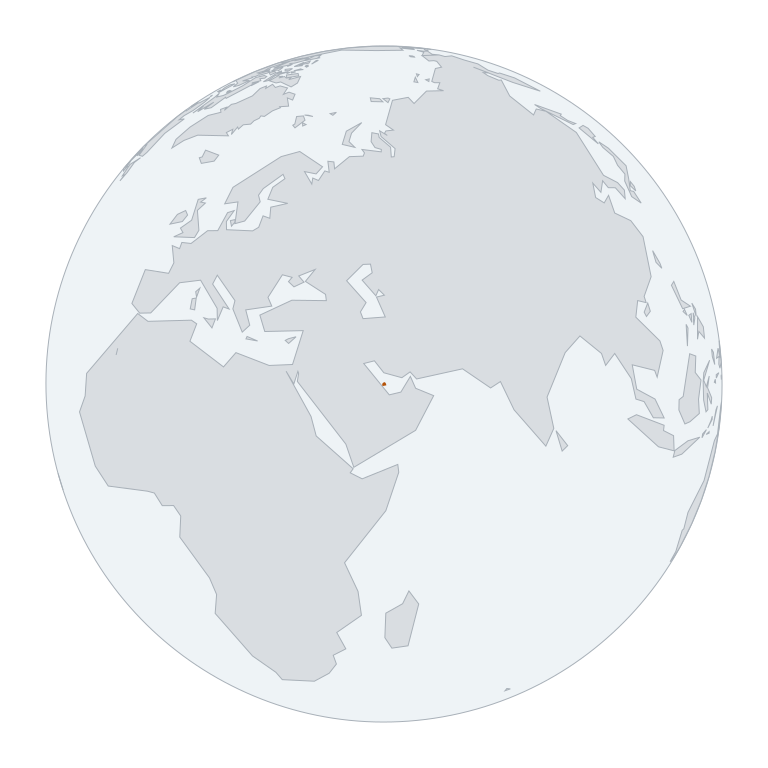 Madinat ach Shamal on an orthographic globe, rotated 350°
{"feature_id": "QAT-1106", "entity_name": "Madinat ach Shamal", "entity_type": "Municipality", "adm_level": 1, "iso_a3": "QAT", "parent_name": "Qatar", "parent_adm1": "", "projection": "orthographic", "projection_center": [51.179, 25.992], "detail": "fine", "context": "on_globe", "style": "filled", "palette": "amber", "viewbox_px": 768, "rotation_deg": 350, "n_neighbors": 0, "source": "natural_earth", "source_scale": "10m", "svg_char_len": 10883}
<svg xmlns="http://www.w3.org/2000/svg" viewBox="0 0 768 768"><g transform="rotate(350 384 384)"><circle cx="384" cy="384" r="338" fill="#eef3f6" stroke="#a8b0b8"/><path d="M478.3,59.5L477.8,59.4L483.0,61.0L479.0,60.2L463.0,56.0L460.2,55.7L470.0,58.4L472.2,60.0L458.2,55.9L460.6,58.6L434.3,54.3L400.3,47.8L382.7,48.2L339.7,50.1L340.6,50.7L324.9,53.1L320.2,55.0L313.5,55.7L315.5,56.7L322.4,55.8L325.6,56.2L323.4,57.5L314.6,58.3L314.4,57.8L310.7,58.8L307.2,58.8L307.7,59.5L297.3,61.0L304.3,61.7L293.2,64.7L287.2,65.2L292.2,62.3L290.7,59.3L287.4,60.2L310.8,54.1L334.6,49.7L358.6,47.0L382.8,46.1L407.0,46.9L431.1,49.4L454.9,53.6L478.3,59.5ZM250.1,73.8L243.8,76.5L242.0,77.4L250.1,73.8ZM227.1,84.7L236.5,80.0L236.6,80.7L249.3,75.2L251.2,75.0L262.5,71.5L256.0,75.4L243.5,81.5L233.8,85.0L228.1,88.2L233.4,88.2L211.6,99.1L190.7,114.8L185.6,117.8L182.5,116.2L192.4,106.7L188.9,108.1L227.1,84.7ZM188.2,108.6L186.1,111.2L173.3,120.3L169.1,123.9L167.0,126.2L169.9,124.5L164.5,128.9L164.9,126.8L169.8,122.7L169.6,123.1L174.2,119.2L188.2,108.6ZM47.5,415.4L48.3,422.1L49.6,432.6L47.5,415.4ZM484.4,61.5L487.3,62.3L488.8,62.9L484.4,61.5ZM265.3,69.7L263.9,70.6L262.5,70.7L265.3,69.7ZM271.5,67.5L271.0,67.2L273.8,66.1L274.1,66.4L271.5,67.5ZM484.1,62.4L485.6,63.6L481.3,61.6L484.1,62.4ZM271.6,68.4L279.0,64.4L284.0,62.7L289.4,62.5L271.6,68.4ZM484.7,63.8L488.6,67.6L495.4,69.5L478.5,67.2L480.8,64.2L474.4,61.1L481.1,63.2L484.7,63.8ZM325.6,55.0L318.1,56.0L326.3,54.1L325.6,55.0ZM330.1,53.8L350.9,49.1L361.0,48.9L351.9,50.2L366.5,49.6L361.1,51.7L351.9,52.5L346.5,52.1L348.6,53.4L330.1,53.8ZM468.6,65.8L467.1,66.4L465.6,65.0L468.6,65.8ZM327.5,56.2L330.8,55.0L339.7,54.6L334.7,57.0L333.4,56.3L327.5,56.2ZM373.0,48.8L378.7,49.3L375.9,51.0L377.8,51.6L361.9,51.8L373.0,48.8ZM330.3,57.1L331.9,58.4L325.8,59.9L324.9,57.4L330.3,57.1ZM344.2,53.6L348.1,53.7L344.3,54.4L344.2,53.6ZM304.8,67.2L308.5,65.1L313.5,64.6L304.8,67.2ZM332.9,58.8L335.1,58.3L337.4,58.0L337.2,59.3L332.9,58.8ZM361.0,53.3L358.7,54.1L367.4,53.2L365.7,55.0L355.4,55.0L359.1,55.8L358.6,56.3L350.7,55.8L361.0,53.3ZM344.1,60.0L330.4,61.4L322.3,65.1L317.7,65.4L331.6,59.7L344.1,60.0ZM348.7,57.5L344.8,59.0L341.0,58.4L341.3,57.0L348.7,57.5ZM368.2,56.4L373.5,53.6L375.6,53.8L368.2,56.4ZM342.5,61.0L345.9,60.7L342.4,61.4L342.5,61.0ZM361.2,57.8L362.7,56.7L365.1,56.8L361.2,57.8ZM351.2,61.3L346.8,61.6L346.8,60.5L351.2,61.3ZM356.4,59.7L359.2,60.3L349.5,59.9L356.7,59.2L356.4,59.7ZM363.1,58.1L365.0,57.9L362.1,58.6L363.1,58.1ZM353.5,65.7L341.4,65.5L341.5,62.8L353.3,63.3L353.5,65.7ZM85.4,414.7L79.3,358.6L87.6,343.9L93.0,321.9L153.7,271.8L162.4,281.3L205.4,287.7L210.0,292.2L200.3,308.2L228.9,339.3L243.6,327.4L274.1,345.8L297.3,348.9L313.7,317.4L275.7,311.6L273.7,294.6L307.8,285.5L341.7,291.9L342.0,285.6L324.4,269.3L336.1,259.2L318.8,262.8L322.9,269.8L312.2,272.7L307.7,266.6L312.0,263.0L302.9,258.8L284.8,278.5L287.0,287.8L260.7,287.0L262.0,302.8L253.4,308.3L248.2,283.8L251.7,276.0L238.7,247.9L232.6,255.8L244.5,283.3L239.0,280.1L230.9,292.6L232.8,280.5L221.4,249.9L200.3,248.8L166.6,273.5L155.7,271.8L149.7,260.9L168.8,229.9L191.1,237.6L198.1,228.2L199.5,210.9L206.2,215.2L209.5,209.5L218.4,212.1L236.9,202.4L246.9,204.1L259.7,188.1L266.6,187.2L257.0,196.6L255.7,204.7L281.2,210.4L287.8,207.9L294.1,197.4L300.3,201.0L303.2,190.2L320.6,189.4L301.7,181.9L308.6,171.0L322.1,164.6L321.0,160.0L299.0,170.6L293.2,176.3L293.7,183.1L275.1,199.3L265.1,200.2L271.8,179.3L258.4,178.9L269.4,164.1L322.2,142.2L341.4,140.4L361.2,159.4L353.6,165.3L342.6,161.0L347.6,174.6L349.6,168.8L354.8,172.2L362.7,163.9L366.8,166.0L367.4,154.9L373.2,156.6L372.7,163.5L389.4,154.1L403.1,156.0L404.9,153.0L403.0,149.2L421.6,154.9L422.1,152.5L416.2,149.6L413.4,143.1L415.7,134.4L422.0,136.8L422.0,140.3L431.6,151.9L430.6,161.7L433.5,161.9L435.8,154.1L424.1,139.8L423.7,133.9L430.4,139.8L428.0,137.2L429.8,135.1L437.4,135.6L430.6,128.9L441.6,106.1L457.6,105.9L462.3,113.0L476.7,102.9L493.6,105.5L488.1,102.6L491.3,97.0L486.0,96.0L483.6,94.3L489.4,82.2L495.7,82.0L492.0,75.4L489.2,74.2L484.3,73.7L478.5,67.2L495.4,69.5L500.9,72.1L507.7,72.6L519.3,78.9L532.1,85.1L540.9,93.0L550.2,98.0L551.8,97.8L565.7,105.2L588.8,122.8L563.1,109.3L527.1,87.5L541.2,95.9L535.9,94.6L539.7,98.3L549.8,104.8L552.3,105.0L557.8,122.2L578.0,145.0L581.7,139.6L590.9,143.6L617.1,169.7L636.4,216.6L649.0,226.2L654.4,234.8L653.7,243.4L645.9,230.9L639.0,229.6L634.6,221.8L630.9,232.9L624.5,222.4L624.8,237.1L632.3,243.9L637.9,237.2L640.9,255.7L655.4,266.0L664.7,283.9L665.7,324.7L655.4,342.9L656.3,349.4L648.3,345.9L643.6,361.9L663.2,389.5L664.7,399.4L654.2,424.7L652.9,417.6L631.8,408.2L632.0,433.0L648.3,445.9L654.0,466.1L643.4,464.0L637.1,446.5L629.5,442.6L628.5,421.7L616.5,394.0L605.5,404.2L603.5,391.7L585.3,370.7L567.9,384.5L542.3,425.2L543.5,457.2L532.6,473.3L507.6,432.0L499.1,401.8L488.3,406.4L464.0,382.7L417.0,384.7L411.8,376.6L402.7,380.9L385.8,372.9L378.6,359.5L367.6,360.3L387.3,395.6L399.2,394.9L411.3,381.1L414.4,393.7L430.9,404.1L407.1,435.1L339.8,460.8L336.0,436.6L299.1,366.4L301.7,359.0L301.7,358.2L301.4,356.6L295.2,368.3L289.8,354.4L306.5,403.3L308.2,423.4L338.9,462.1L335.3,465.6L346.0,473.6L383.6,465.6L383.2,473.5L363.8,509.1L314.1,553.2L322.4,583.7L321.6,607.9L294.3,620.5L300.4,638.2L286.9,642.3L288.5,651.5L279.8,659.3L263.8,664.6L232.5,657.5L227.5,649.2L207.3,629.0L177.9,580.6L182.6,562.2L178.5,544.7L156.3,499.3L160.9,478.7L155.7,467.2L144.5,465.3L138.9,451.5L132.5,448.5L94.7,436.6L85.4,414.7ZM128.0,302.6L125.2,308.9L128.0,302.6ZM374.7,316.0L396.9,318.2L391.7,297.1L399.8,296.6L395.1,290.0L391.3,295.7L380.5,277.9L391.7,272.4L391.5,263.6L384.1,262.6L365.1,275.8L380.5,300.7L373.3,308.9L374.7,316.0ZM173.3,120.4L173.1,120.7L170.0,123.7L169.5,123.7L173.3,120.4ZM167.8,131.1L159.2,138.1L165.0,132.7L162.6,133.4L171.9,123.7L183.5,118.9L176.6,122.5L167.8,131.1ZM187.5,110.7L180.3,116.5L187.8,110.4L187.5,110.7ZM218.8,178.7L219.9,183.5L213.6,189.0L201.0,189.4L210.0,181.1L218.8,178.7ZM223.0,189.3L233.1,169.9L241.4,169.8L235.0,173.0L239.5,174.8L230.4,180.6L228.4,200.5L222.8,206.9L202.5,202.5L212.3,200.0L210.6,195.1L223.0,189.3ZM244.4,128.8L248.9,122.7L261.0,129.9L255.4,135.0L242.4,135.0L241.4,129.1L244.4,128.8ZM279.7,69.8L280.6,68.6L283.1,68.1L284.3,68.8L279.7,69.8ZM306.1,66.3L278.1,75.3L277.8,74.1L261.8,81.9L254.7,82.2L265.3,76.9L247.8,83.5L254.5,78.9L242.8,84.0L267.1,72.2L272.4,69.0L269.2,72.3L275.6,72.0L280.0,70.9L296.3,65.9L311.0,59.9L319.7,59.4L321.9,60.8L319.7,62.1L314.8,61.8L315.4,63.9L306.6,64.5L306.1,66.3ZM343.3,88.5L338.5,85.5L338.3,93.8L329.4,92.8L330.0,93.9L321.7,95.6L312.7,99.7L309.3,98.6L307.2,100.7L301.7,102.2L297.8,104.9L290.4,104.3L284.9,107.7L284.5,105.5L277.0,111.8L279.3,106.9L272.4,109.0L273.9,112.6L243.7,106.6L229.3,109.4L216.1,114.8L221.7,106.9L237.6,97.3L257.5,89.0L270.6,88.1L270.7,85.2L277.0,84.1L274.3,86.8L282.3,82.1L286.7,82.0L304.5,77.4L313.3,71.5L320.0,70.1L318.8,72.4L326.3,69.5L328.5,73.1L333.4,72.4L340.4,75.7L335.2,81.3L341.1,80.1L346.7,83.2L343.3,88.5ZM355.2,66.7L351.0,72.6L344.1,75.3L334.7,68.6L330.0,68.8L323.8,65.5L333.9,61.9L334.7,63.0L337.9,63.4L333.5,64.4L339.4,63.9L340.8,65.7L345.8,66.0L343.1,67.7L355.2,66.7ZM218.1,287.5L222.2,289.5L229.3,290.6L224.3,298.9L218.1,287.5ZM209.9,266.7L214.0,266.7L210.4,278.1L206.2,276.4L209.9,266.7ZM219.3,257.6L214.5,265.9L214.6,260.4L219.3,257.6ZM261.1,196.4L265.9,196.2L265.2,198.8L261.2,202.1L261.1,196.4ZM340.8,116.3L339.1,113.3L341.3,112.5L344.4,105.4L351.2,106.0L352.0,110.5L340.8,116.3ZM305.6,322.2L297.1,327.5L294.3,323.9L297.8,322.8L305.6,322.2ZM257.4,313.4L267.0,319.7L255.9,315.6L257.4,313.4ZM348.7,115.8L349.2,112.6L352.3,115.0L348.7,115.8ZM356.3,106.2L360.5,108.2L352.4,105.3L356.3,106.2ZM452.1,705.2L455.5,706.2L449.9,707.1L452.1,705.2ZM380.0,606.7L362.2,646.0L345.9,645.5L340.8,634.0L346.0,610.0L364.2,603.6L372.6,592.1L380.0,606.7ZM692.5,489.6L695.9,487.4L695.6,488.9L692.5,489.6ZM689.1,488.5L693.6,484.9L687.8,492.2L689.1,488.5ZM695.2,483.6L699.7,476.8L701.7,472.7L701.0,475.9L695.2,483.6ZM685.8,491.2L665.1,504.8L656.1,506.3L658.9,500.0L673.5,492.7L685.8,491.2ZM658.1,500.2L643.4,493.5L618.1,460.8L627.3,458.1L652.7,473.3L651.2,478.4L660.2,485.2L658.1,500.2ZM691.1,453.6L689.4,467.8L678.7,474.3L673.4,475.6L669.9,460.8L671.9,450.7L676.5,448.2L690.3,407.3L695.9,410.6L692.5,426.7L696.9,435.1L691.1,453.6ZM545.3,459.8L554.2,476.6L547.8,481.0L545.3,459.8ZM693.1,381.7L689.4,399.4L691.9,377.7L693.1,381.7ZM692.9,362.7L694.5,369.1L691.1,364.5L692.9,362.7ZM658.9,358.6L654.2,363.1L652.7,358.4L657.8,350.1L658.9,358.6ZM671.7,299.3L676.7,313.0L677.7,318.3L673.0,311.4L671.7,299.3ZM407.5,122.7L395.6,131.3L391.6,139.2L396.4,145.9L384.5,140.8L390.8,128.5L407.5,122.7ZM436.8,107.6L432.5,102.8L437.6,103.1L439.3,104.2L436.8,107.6ZM431.9,105.9L420.4,103.6L420.2,99.8L429.3,102.3L431.9,105.9ZM384.3,108.2L380.3,110.5L377.9,108.4L384.3,108.2ZM647.6,595.4L638.3,606.2L634.9,608.7L642.3,599.6L652.3,579.8L654.1,578.7L661.1,563.2L682.4,534.7L699.6,497.0L703.8,491.1L711.6,464.9L713.3,460.0L706.6,484.5L698.2,508.3L688.1,531.4L676.2,553.8L662.7,575.1L647.6,595.4ZM700.8,482.4L706.5,467.0L708.6,463.4L700.8,482.4ZM719.6,423.9L719.9,420.9L717.6,426.8L717.2,422.6L718.8,415.0L716.0,416.4L719.2,406.7L719.7,416.6L721.1,402.7L721.6,399.5L719.6,423.9ZM717.4,434.6L717.8,433.4L717.0,438.3L717.4,434.6ZM711.1,436.8L710.7,440.6L709.6,439.6L711.1,436.8ZM712.8,432.5L715.7,431.0L712.3,435.9L712.8,432.5ZM699.5,435.8L701.0,442.7L705.7,432.6L702.0,443.9L704.3,454.4L702.8,460.7L700.8,449.0L698.5,465.5L696.3,467.3L696.0,455.2L698.7,437.1L700.9,428.4L708.8,417.1L699.5,435.8ZM713.1,422.3L712.1,413.9L712.7,406.4L713.9,410.0L713.1,422.3ZM707.6,394.5L703.2,386.9L700.5,394.4L704.5,372.2L708.4,383.1L707.6,394.5ZM701.6,372.9L699.3,379.8L700.8,367.5L701.6,372.9ZM697.9,376.8L696.1,369.3L698.7,368.0L697.9,376.8ZM703.2,371.7L701.2,357.8L703.8,364.4L703.2,371.7ZM691.2,352.9L699.3,360.6L691.2,361.7L684.2,336.7L687.2,333.3L691.2,352.9ZM665.5,237.6L661.0,231.5L661.8,227.5L664.7,232.7L665.5,237.6ZM660.3,211.1L660.6,224.5L660.1,236.4L663.3,237.7L668.7,250.5L660.5,242.5L656.3,225.9L657.7,219.1L652.0,209.1L649.4,199.7L640.6,189.0L637.6,182.8L645.9,190.7L660.3,211.1ZM636.8,184.8L620.6,165.7L624.9,163.9L629.4,167.6L635.0,176.9L632.4,177.3L636.8,184.8ZM618.0,160.8L615.3,161.3L585.9,139.7L580.8,134.9L605.4,149.0L604.2,150.3L610.7,156.4L618.0,160.8ZM470.8,67.4L467.5,66.5L470.4,66.6L470.8,67.4ZM480.7,93.9L477.9,91.6L481.5,91.4L480.7,93.9ZM472.3,85.3L470.2,87.1L469.8,84.2L472.3,85.3ZM465.9,91.6L468.1,87.3L469.7,93.0L465.9,91.6Z" fill="#d9dde1" stroke="#a8b0b8" stroke-width="1"/><path d="M382.9,385.0L382.8,384.9L382.9,384.4L383.0,384.3L383.0,384.1L383.2,383.8L383.3,383.6L383.5,383.6L383.8,383.5L383.8,383.4L384.0,383.2L384.4,383.0L384.8,383.2L384.9,383.3L384.9,383.6L384.9,383.8L385.0,383.8L385.1,384.0L385.3,384.2L385.3,384.3L385.3,385.0L384.9,385.0L384.9,384.7L384.6,384.7L384.3,384.5L384.3,384.4L383.6,384.4L383.6,385.0L382.9,385.0L382.9,385.0Z" fill="#f59e0b" stroke="#b45309" stroke-width="1.5"/></g></svg>